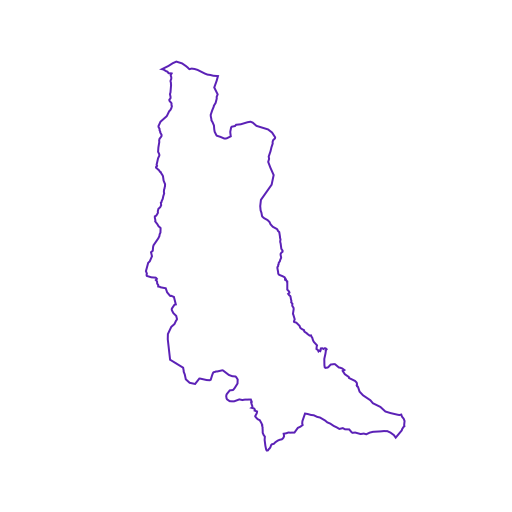 outline of Campeni, Alba, Romania, rotated 348°
{"feature_id": "2599482B40303754210637", "entity_name": "Campeni", "entity_type": "district", "adm_level": 2, "iso_a3": "ROU", "parent_name": "Romania", "parent_adm1": "Alba", "projection": "orthographic", "projection_center": [23.042, 46.415], "detail": "fine", "context": "isolated", "style": "outline", "palette": "violet", "viewbox_px": 512, "rotation_deg": 348, "n_neighbors": 0, "source": "geoboundaries", "source_scale": "gbopen_adm2", "svg_char_len": 6096}
<svg xmlns="http://www.w3.org/2000/svg" viewBox="0 0 512 512"><g transform="rotate(348 256 256)"><path d="M362.3,456.9L362.9,455.8L364.5,454.1L365.8,453.3L365.7,452.4L367.0,448.3L366.6,445.8L365.4,443.5L365.1,441.3L363.2,441.4L361.3,440.6L354.9,437.6L350.2,435.0L346.3,429.5L339.7,424.3L337.9,420.9L331.7,414.5L329.1,410.2L328.6,405.7L328.4,404.8L327.8,404.5L327.8,403.7L327.6,403.3L328.1,402.7L328.2,401.7L328.1,400.7L326.9,398.8L321.8,394.8L321.6,394.6L321.7,393.9L321.6,393.6L318.3,390.1L316.9,386.5L318.7,385.9L316.9,383.9L315.0,382.7L313.9,382.3L310.8,378.3L310.0,378.0L306.5,377.7L303.5,379.8L302.7,380.0L300.7,379.9L300.1,379.2L300.2,377.1L301.4,370.9L303.6,366.0L304.6,363.3L304.5,363.0L305.7,361.9L304.9,360.8L304.0,360.5L302.7,361.0L301.6,360.0L300.2,359.9L299.6,361.7L299.1,362.4L298.3,361.7L297.3,362.3L297.0,360.9L295.8,359.5L296.5,357.3L297.1,356.1L294.8,352.2L294.5,351.4L294.2,349.9L294.0,347.5L293.5,346.5L293.3,345.1L291.9,345.0L289.8,342.6L289.7,342.2L288.2,340.7L287.5,339.8L287.6,338.6L285.7,337.0L284.6,335.8L284.3,335.1L284.1,333.4L281.6,329.6L279.6,328.5L279.5,328.0L279.8,327.4L280.7,325.9L280.3,321.0L280.1,320.3L281.7,316.1L281.9,315.0L281.9,314.3L281.2,312.6L281.2,311.6L281.7,310.3L280.8,308.6L281.3,307.4L281.2,305.9L281.3,302.9L281.1,302.1L280.4,301.4L279.6,299.7L281.1,298.8L281.0,297.8L280.5,296.8L279.6,295.4L281.1,288.4L280.9,287.8L281.3,287.3L279.9,285.5L279.5,285.3L279.6,284.6L280.2,284.6L279.5,282.7L277.7,281.2L275.0,279.4L274.4,278.8L274.1,277.7L274.3,276.2L274.4,272.4L274.6,271.4L275.6,270.4L275.9,269.2L276.4,268.8L276.7,267.7L277.0,267.2L278.2,266.2L278.7,265.1L280.2,263.0L280.3,262.5L280.3,259.9L280.6,258.9L281.7,257.9L282.8,257.4L283.0,256.9L283.1,256.2L282.4,254.7L282.3,253.9L282.7,248.9L282.6,247.5L282.7,246.7L283.4,244.9L283.3,243.2L283.5,241.7L283.7,237.5L282.6,235.8L282.4,234.5L282.0,233.9L278.5,230.9L276.8,228.0L276.3,225.6L274.8,223.3L271.7,220.6L270.5,219.0L270.2,218.2L270.3,214.9L270.0,212.3L270.5,208.1L272.5,202.1L286.1,189.5L290.1,180.5L288.4,172.4L287.5,166.5L289.0,163.7L289.1,161.4L292.0,156.5L293.7,152.9L295.7,149.5L295.9,148.0L296.8,146.3L299.0,144.9L299.4,143.9L297.4,138.6L294.1,134.7L283.5,128.8L280.5,124.8L278.5,123.5L275.5,123.4L268.5,124.0L263.8,123.5L262.5,124.5L259.1,124.5L258.4,125.1L256.7,129.0L256.5,130.0L256.2,133.7L251.9,134.8L250.6,134.8L249.4,134.5L246.0,132.1L242.7,130.2L242.4,129.7L241.4,125.9L241.5,123.4L242.0,119.6L241.3,116.1L240.6,114.0L240.8,113.0L240.8,110.2L241.0,108.6L243.4,104.5L245.8,101.0L246.0,100.3L248.3,97.9L250.3,93.9L250.6,92.2L252.1,89.9L250.2,82.5L253.9,76.5L256.2,72.1L251.7,70.8L248.9,69.4L246.3,68.5L244.0,67.0L237.5,61.8L234.8,60.3L232.0,59.3L229.8,59.4L229.2,58.8L228.5,57.6L227.0,55.7L223.7,52.2L218.5,49.3L214.7,50.1L209.9,51.9L202.9,53.7L204.2,54.3L206.8,56.8L207.5,57.1L207.9,57.6L208.4,58.9L209.0,59.3L211.0,59.7L211.4,59.9L210.5,60.9L210.1,61.7L210.3,63.1L210.2,64.2L209.9,65.2L208.9,66.7L208.7,67.4L208.8,69.2L208.5,70.1L208.5,71.0L208.3,71.7L206.4,78.1L205.5,79.8L205.5,82.6L205.3,83.5L205.1,84.0L203.7,85.1L203.6,85.8L203.8,86.7L204.8,88.3L205.1,89.1L204.7,90.9L204.9,91.9L203.8,94.0L202.4,95.6L201.2,96.3L198.4,99.9L197.7,100.7L190.5,104.8L187.6,108.7L187.5,109.6L188.1,111.6L188.0,112.3L187.8,112.7L188.2,114.7L188.0,115.3L188.8,117.7L188.6,118.9L187.8,119.8L186.0,121.3L185.3,122.8L185.1,124.4L183.1,129.5L181.9,133.7L182.4,135.7L182.5,136.9L182.3,137.7L180.5,140.1L177.7,146.2L178.0,147.2L177.8,147.5L176.7,148.2L176.6,148.8L179.1,152.2L179.5,153.6L180.3,154.2L180.4,155.1L181.4,157.7L181.6,158.7L181.3,163.1L182.0,166.8L181.4,169.1L180.9,169.9L180.6,170.8L179.9,171.9L179.2,174.2L179.2,175.6L177.7,178.3L176.6,180.8L175.2,182.6L174.8,183.6L174.0,184.1L173.8,186.6L172.4,188.4L170.4,189.5L169.3,191.7L169.1,193.1L168.8,193.7L166.8,195.8L165.3,196.2L165.0,197.5L165.0,200.2L164.6,201.2L166.1,204.3L166.9,206.7L168.4,208.6L168.4,209.2L167.4,213.2L166.3,214.7L165.6,216.5L164.0,218.5L158.0,224.2L157.2,225.8L156.1,229.4L154.1,230.5L154.2,234.6L151.0,239.1L149.1,240.3L145.2,247.9L145.6,250.5L145.0,251.8L145.0,252.5L145.1,252.8L149.2,255.1L153.3,256.3L153.7,256.7L154.3,257.8L153.0,258.7L153.8,260.0L153.9,260.6L153.6,262.5L154.3,263.9L154.0,265.5L155.6,266.2L156.0,266.7L161.0,268.8L161.5,273.0L163.6,277.0L163.9,277.3L164.8,277.3L167.2,279.0L167.5,286.7L166.4,286.7L165.9,286.9L162.8,289.9L162.5,290.6L162.4,291.2L162.7,292.6L163.3,294.7L165.5,298.0L165.6,301.3L165.2,301.9L164.3,302.7L162.1,305.6L158.4,307.7L153.6,314.0L152.4,319.0L150.4,339.6L161.5,350.1L161.4,353.5L161.2,354.1L161.7,357.0L161.7,362.0L164.7,366.2L169.8,368.5L175.1,364.1L175.9,364.3L182.0,367.1L184.9,367.9L186.0,367.6L188.3,363.5L189.6,361.5L190.3,360.9L192.4,360.8L192.9,360.6L194.2,360.9L199.3,360.8L200.0,361.2L204.7,366.7L207.7,368.6L210.9,369.6L211.5,370.5L212.4,373.0L211.4,376.9L207.7,380.7L206.0,382.1L205.5,382.3L202.4,382.0L198.7,385.0L198.1,385.9L197.7,387.0L197.6,389.2L197.9,390.2L200.0,392.5L202.4,393.2L204.5,393.6L209.9,392.8L212.8,394.1L214.8,394.1L221.1,395.3L221.5,397.8L220.8,398.0L220.9,399.9L221.2,402.1L221.0,403.3L220.2,403.6L222.0,404.5L222.5,404.9L222.8,405.5L222.9,406.1L222.5,406.9L224.7,408.3L224.2,409.7L223.7,410.4L221.9,412.5L222.1,413.3L223.3,415.4L224.3,416.5L225.5,417.3L226.4,420.1L227.0,422.6L226.7,422.8L226.7,423.3L226.8,425.2L226.5,426.3L226.4,427.3L225.8,430.4L226.3,432.8L227.1,434.5L226.2,437.7L225.7,443.7L225.7,447.1L225.9,448.1L226.2,448.6L227.3,448.6L228.3,447.6L229.4,447.0L230.5,445.8L231.4,444.2L232.3,443.5L234.4,443.4L236.2,442.2L238.9,441.1L240.9,440.7L243.1,440.7L244.1,440.2L245.1,439.4L246.0,438.1L246.1,435.6L248.6,435.7L251.0,435.4L252.7,435.9L256.9,436.7L261.2,432.8L263.9,432.2L266.5,431.0L266.4,429.3L267.1,427.1L271.2,420.3L273.7,421.3L276.7,422.9L279.4,423.8L282.4,426.1L285.0,427.3L289.4,431.3L291.1,433.5L293.8,435.4L296.7,438.4L299.2,440.3L301.6,442.5L305.1,442.4L307.0,444.0L311.1,445.0L312.9,448.3L313.6,449.0L316.3,449.3L321.3,451.9L324.5,452.1L326.8,453.3L330.5,452.4L333.9,452.3L341.7,453.5L344.5,453.8L348.0,454.6L350.8,456.7L353.6,459.8L354.9,462.7L362.3,456.9Z" fill="none" stroke="#5b21b6" stroke-width="2"/></g></svg>